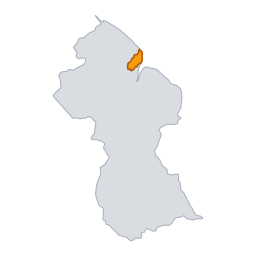 II-2 Somerset And Berks, Pomeroon-Supenaam, Guyana (highlighted)
{"feature_id": "73187651B32807906119363", "entity_name": "II-2 Somerset And Berks", "entity_type": "district", "adm_level": 2, "iso_a3": "GUY", "parent_name": "Guyana", "parent_adm1": "Pomeroon-Supenaam", "projection": "mercator", "projection_center": [-58.72, 7.1], "detail": "fine", "context": "in_parent", "style": "filled", "palette": "amber", "viewbox_px": 256, "rotation_deg": 0, "n_neighbors": 0, "source": "geoboundaries", "source_scale": "gbopen_adm2", "svg_char_len": 5165}
<svg xmlns="http://www.w3.org/2000/svg" viewBox="0 0 256 256"><path d="M72.9,118.3L66.4,111.1L59.9,103.8L53.5,96.7L53.1,95.7L55.8,92.3L58.2,89.9L60.2,88.5L61.1,87.2L60.4,82.0L60.4,80.1L59.5,78.1L58.8,75.7L59.6,73.8L60.6,72.5L61.8,72.0L64.8,71.5L66.9,71.3L67.7,70.5L68.9,69.6L70.5,69.6L73.6,70.2L75.1,69.1L77.7,67.5L83.5,64.8L84.8,63.0L85.7,60.3L85.6,59.0L85.0,58.5L83.6,58.0L81.4,58.0L79.6,58.7L77.7,58.3L76.2,56.6L76.1,55.2L77.0,53.2L76.5,51.9L73.6,47.7L73.6,46.6L75.7,44.7L76.9,43.1L78.6,39.3L79.9,38.1L83.9,37.6L85.0,36.8L87.0,34.8L90.1,32.5L94.6,30.7L95.8,27.3L96.6,26.4L100.2,24.6L100.8,23.7L100.7,22.9L95.0,15.4L96.1,15.9L100.5,20.8L103.0,21.8L103.5,21.9L103.5,20.6L105.7,21.1L111.5,24.5L120.0,30.0L131.8,40.5L135.2,44.4L137.5,46.3L141.0,50.8L142.0,53.1L141.9,61.9L138.8,67.9L138.0,72.4L137.9,78.4L136.1,81.8L138.5,80.0L139.2,74.6L141.3,71.3L143.9,67.7L147.5,66.8L151.3,68.3L154.4,68.6L157.1,69.7L162.9,75.4L168.6,80.0L170.6,83.6L176.6,85.5L180.2,88.3L181.3,90.8L182.0,97.3L180.9,107.2L181.2,107.7L179.6,109.6L179.3,110.8L178.2,113.0L177.4,114.2L178.6,116.9L179.9,117.0L180.5,117.4L180.8,117.9L180.7,118.5L180.2,119.0L178.9,119.7L177.7,121.2L177.8,123.0L177.0,123.9L174.5,124.3L169.7,124.3L167.3,124.5L165.4,124.8L164.2,125.9L162.6,126.7L161.3,126.8L160.2,128.1L159.1,130.0L159.5,131.2L160.6,132.9L161.3,134.7L160.4,137.4L159.5,139.6L158.9,141.2L158.1,144.4L156.3,147.9L154.9,149.8L154.9,152.0L155.6,155.0L159.4,159.5L160.7,161.6L161.7,165.0L165.1,167.7L167.3,169.9L167.1,172.7L167.4,173.6L168.7,174.3L170.3,174.9L172.1,174.9L173.8,174.6L174.1,174.2L177.9,174.2L178.3,174.9L178.5,179.0L178.6,180.7L179.5,181.3L180.1,182.4L180.1,183.3L180.3,185.6L180.8,186.8L180.7,189.3L181.1,190.2L182.1,190.8L183.4,192.6L183.9,192.8L184.2,193.4L185.3,195.9L185.8,196.7L186.2,196.8L186.4,197.6L187.2,200.0L187.8,200.6L188.8,202.3L189.2,204.2L190.6,206.3L192.0,207.8L192.6,209.3L194.4,212.7L196.1,215.1L198.5,215.8L200.5,216.1L201.7,217.0L202.9,218.0L201.6,218.5L200.4,219.1L198.8,218.6L196.6,218.9L194.3,219.5L192.1,219.9L188.1,218.8L186.8,218.7L186.0,218.2L184.3,216.1L183.5,215.8L181.3,216.8L178.7,217.5L177.4,217.4L175.9,218.1L174.5,219.0L171.8,223.2L170.5,224.6L169.0,225.3L166.0,225.3L162.8,225.4L160.5,226.4L158.2,226.9L157.1,227.0L156.7,229.2L156.2,230.3L155.5,230.9L153.8,231.1L152.3,231.0L151.3,230.1L149.6,229.6L148.0,229.2L147.0,228.7L146.2,228.8L145.5,229.8L145.0,230.6L144.5,232.1L142.2,232.5L141.1,233.4L141.7,236.2L141.5,237.2L141.0,238.1L138.1,238.3L135.7,238.2L134.3,239.2L132.6,240.4L131.5,240.6L130.3,240.6L128.6,239.2L127.0,237.5L123.0,236.3L119.0,235.3L116.4,232.6L115.8,231.3L114.5,230.7L111.4,227.5L109.7,225.4L107.9,224.9L105.7,224.0L105.8,222.5L105.7,221.1L104.7,220.5L103.5,220.1L103.0,219.3L103.1,217.4L103.4,212.5L103.0,207.9L100.2,206.3L98.9,205.2L96.7,198.3L95.7,195.2L95.7,192.9L96.4,186.0L97.2,183.0L99.4,177.0L100.7,175.0L100.8,173.5L100.6,171.6L100.0,167.7L103.7,165.3L105.3,164.3L105.6,162.7L107.6,160.6L108.5,158.7L109.2,157.1L109.0,156.3L108.2,155.9L107.1,154.4L105.0,150.2L104.2,149.3L103.5,148.2L103.9,146.3L104.7,144.3L104.6,143.4L103.3,142.4L100.6,140.5L98.4,140.4L96.7,139.7L94.2,139.7L92.2,139.5L91.0,138.8L91.2,137.7L91.7,136.8L93.4,134.7L94.6,132.4L94.7,130.2L95.1,127.3L95.6,124.8L95.8,121.9L93.2,120.1L92.3,118.5L91.2,117.2L90.0,117.2L88.2,116.6L85.3,118.4L83.1,118.0L81.5,118.7L77.9,118.6L75.7,117.7L72.9,118.3Z" fill="#d9dde1" stroke="#a8b0b8" stroke-width="1"/><path d="M140.8,63.1L142.1,60.8L142.2,60.1L142.3,59.5L142.4,59.3L142.2,58.3L142.0,57.2L142.0,56.7L142.0,56.4L142.0,55.7L142.3,54.9L142.3,54.2L142.3,53.9L142.2,52.8L142.1,52.3L141.8,51.8L141.0,51.0L140.4,50.5L140.1,50.1L139.6,49.3L139.3,49.6L139.1,49.8L138.9,50.0L138.6,50.5L138.6,51.1L138.6,51.3L138.6,51.6L138.6,51.9L138.6,52.1L138.5,52.5L138.4,52.7L138.2,53.0L138.0,53.3L137.8,53.7L137.6,54.0L137.4,54.2L137.2,54.3L136.9,54.4L136.7,54.5L136.4,54.5L136.1,54.4L135.8,54.5L135.4,54.6L135.0,54.6L134.8,54.7L134.6,55.0L134.4,55.3L134.1,55.5L133.9,55.8L133.7,56.0L133.8,56.6L133.8,56.9L133.8,57.3L133.6,57.6L133.3,57.8L133.0,57.9L132.8,58.1L132.5,58.2L132.1,58.3L131.8,58.6L131.8,58.8L131.6,59.1L131.5,59.3L131.4,59.6L131.3,59.9L131.2,60.2L131.1,60.6L131.0,60.9L130.9,61.2L130.6,61.5L130.4,61.7L130.1,61.9L129.8,62.1L129.6,62.2L129.3,62.3L128.8,62.6L128.5,62.9L128.4,63.1L128.2,63.3L128.0,63.5L127.9,63.8L127.9,64.2L127.9,64.6L127.8,64.9L127.8,65.3L127.7,65.6L127.7,65.9L127.5,66.2L127.6,66.5L127.6,66.8L127.7,67.0L127.7,67.3L127.6,67.7L127.6,68.0L127.7,68.4L127.8,68.7L128.0,69.0L128.5,69.4L128.9,69.4L129.1,69.5L129.5,69.5L129.8,69.3L130.0,69.2L130.3,69.1L130.6,69.1L130.8,69.3L130.7,69.6L130.5,70.0L130.8,70.2L131.1,70.3L131.3,70.4L131.5,70.6L131.6,70.4L131.9,70.3L132.1,70.2L132.4,70.1L132.6,70.1L132.9,69.9L133.2,69.7L133.4,69.6L133.7,69.4L134.0,69.2L134.3,68.7L134.5,68.5L134.5,68.2L134.6,67.9L134.6,67.7L134.8,67.3L135.0,67.1L135.2,66.9L135.5,66.8L135.8,66.8L136.1,66.8L136.4,66.9L136.7,66.9L137.0,66.8L137.2,66.6L137.4,66.4L137.5,66.0L137.5,65.6L137.6,65.4L137.6,65.1L137.7,64.8L138.1,64.4L138.3,64.3L138.6,64.2L138.9,64.0L139.1,63.9L139.3,63.7L139.6,63.6L139.8,63.5L140.1,63.4L140.3,63.2L140.8,63.1Z" fill="#f59e0b" stroke="#b45309" stroke-width="1.5"/></svg>